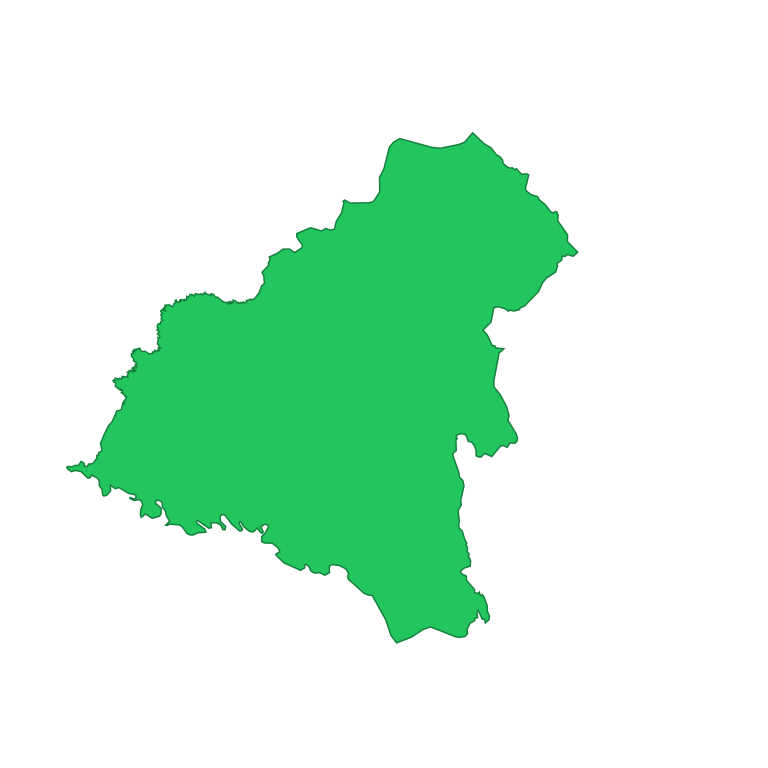 outline of Khian Sa, Surat Thani, Thailand, rotated 126°
{"feature_id": "78962969B19485368092411", "entity_name": "Khian Sa", "entity_type": "district", "adm_level": 2, "iso_a3": "THA", "parent_name": "Thailand", "parent_adm1": "Surat Thani", "projection": "equal_earth", "projection_center": [99.16, 8.76], "detail": "fine", "context": "isolated", "style": "filled", "palette": "green", "viewbox_px": 768, "rotation_deg": 126, "n_neighbors": 0, "source": "geoboundaries", "source_scale": "gbopen_adm2", "svg_char_len": 6159}
<svg xmlns="http://www.w3.org/2000/svg" viewBox="0 0 768 768"><g transform="rotate(126 384 384)"><path d="M517.8,161.6L513.3,160.5L510.0,162.1L506.9,167.0L502.5,170.4L497.0,178.8L496.7,180.7L498.1,180.5L498.3,182.0L496.4,184.6L498.7,185.2L499.4,188.5L497.2,189.8L494.3,201.9L491.0,204.5L491.9,209.6L490.7,212.1L486.1,211.1L480.7,207.2L476.5,209.8L474.7,211.9L474.3,214.2L471.5,215.1L470.7,218.3L467.5,220.0L465.6,223.4L463.9,223.5L463.0,226.3L457.0,234.3L456.5,238.2L454.9,240.4L450.9,242.3L442.9,249.6L436.3,250.5L433.3,253.4L419.4,259.4L415.7,263.6L415.1,268.0L411.1,272.1L401.6,286.0L399.5,287.4L395.4,286.4L387.1,292.9L385.1,292.7L384.8,294.7L381.4,294.6L378.3,291.8L377.2,288.9L377.8,286.3L380.9,282.1L379.5,279.1L380.5,275.3L383.2,270.8L387.9,267.3L387.4,264.4L385.6,262.4L381.0,262.0L379.4,254.2L365.5,253.2L363.7,251.3L362.8,247.1L357.7,247.5L354.9,243.3L352.0,242.9L349.5,244.1L346.8,247.5L340.4,262.5L336.3,264.1L330.3,271.4L324.3,283.8L321.7,293.4L316.9,297.0L291.3,309.1L285.2,307.8L289.1,314.8L288.0,316.8L289.3,319.1L283.7,329.2L282.3,335.6L271.0,333.8L257.9,339.9L254.4,337.2L251.9,330.0L252.0,326.1L250.3,325.7L248.5,321.7L244.3,318.2L242.7,318.6L238.0,316.1L218.7,313.3L209.2,315.2L202.7,314.8L192.7,311.0L186.4,313.0L185.3,315.0L179.4,313.1L175.7,315.0L174.2,312.4L171.5,311.7L169.5,306.1L163.6,304.7L160.9,319.4L155.4,323.2L149.8,339.6L145.4,342.0L143.4,344.9L143.5,346.5L146.3,347.7L146.7,350.3L144.2,358.7L143.8,366.2L142.1,369.9L144.4,376.2L144.1,382.6L142.7,384.5L129.8,389.8L130.0,392.0L133.5,395.9L132.0,403.4L133.7,404.0L133.6,407.4L135.4,408.9L136.0,412.6L135.5,417.4L133.1,419.7L132.0,423.8L132.5,427.4L130.0,436.5L130.8,444.1L128.7,459.9L141.1,460.9L146.6,464.5L160.3,477.1L164.4,484.2L176.2,515.5L182.7,518.4L189.0,518.9L209.9,510.6L219.6,509.0L231.0,500.4L240.4,499.8L243.1,500.1L246.3,502.7L257.5,517.7L258.4,524.1L260.3,524.5L260.5,523.1L270.7,518.9L280.2,518.3L287.9,515.1L291.1,517.9L292.4,522.5L296.9,524.5L300.8,535.3L313.5,543.0L315.9,541.3L317.4,538.6L319.4,531.8L321.9,530.4L330.1,533.5L330.4,539.8L334.1,544.9L341.3,547.3L348.7,551.5L350.2,549.3L354.4,548.5L356.0,547.0L365.3,548.4L367.1,544.9L373.0,539.8L376.5,540.6L383.7,538.7L391.0,538.8L393.4,540.2L394.0,542.1L394.6,541.6L397.3,544.4L398.1,543.4L399.8,544.0L400.3,546.1L401.8,545.9L402.2,547.9L403.7,548.0L403.4,549.7L404.8,550.4L404.1,553.0L404.9,555.4L406.7,554.0L407.2,556.0L408.0,554.5L409.1,555.1L408.4,557.1L409.1,558.1L409.7,556.5L410.8,556.8L410.5,558.4L412.0,562.2L411.7,570.1L413.0,571.2L411.7,574.8L413.0,577.1L414.2,575.9L415.7,581.2L415.1,582.4L416.3,581.8L416.7,583.2L418.7,583.3L418.8,585.4L419.9,585.7L422.0,589.8L424.6,589.0L424.3,591.9L425.7,593.5L429.0,593.0L429.1,595.0L432.0,593.3L432.8,595.0L433.9,594.3L434.0,596.4L435.3,597.8L436.2,596.9L437.1,597.0L436.7,598.3L438.3,597.6L439.0,599.0L438.3,601.7L439.6,601.9L440.8,600.4L442.6,601.2L445.7,600.2L446.3,604.5L449.0,607.4L449.7,606.2L451.3,606.9L452.1,605.5L452.7,606.6L453.5,604.1L454.6,607.4L456.3,607.5L457.4,604.6L459.1,605.5L459.7,603.9L462.6,602.2L462.7,600.5L464.7,601.3L466.7,600.1L467.8,602.0L470.6,601.5L472.5,598.8L473.8,599.4L473.9,596.0L476.7,596.8L477.0,593.5L477.9,592.9L478.9,593.1L479.2,595.1L479.8,593.3L484.7,590.8L485.9,587.0L486.9,587.6L486.5,586.2L487.6,587.2L489.2,585.3L489.8,586.8L489.0,587.2L491.3,587.0L491.6,589.4L492.8,588.5L494.1,590.0L495.1,589.2L497.7,591.6L498.0,596.6L500.3,599.3L498.6,602.7L501.7,604.9L502.2,603.6L502.4,605.6L504.1,604.7L503.6,606.4L505.5,606.5L506.7,604.6L507.8,606.2L509.9,604.7L510.5,602.0L512.5,600.0L512.4,596.9L513.6,595.9L514.5,596.6L515.1,594.5L516.4,593.9L515.8,595.5L518.1,596.7L519.6,592.6L520.9,594.0L519.5,594.6L519.7,596.7L521.8,594.4L522.2,597.5L525.1,598.5L524.4,597.0L526.9,597.1L529.2,595.3L528.9,596.5L531.4,598.1L530.8,598.6L531.8,600.3L534.1,599.2L535.0,601.4L536.5,601.5L536.1,602.4L537.4,604.9L539.0,603.6L539.4,604.9L540.6,605.2L541.3,603.9L540.9,601.4L543.7,600.1L543.9,594.8L542.9,593.8L543.9,593.5L543.0,591.7L545.3,591.4L544.4,590.1L545.4,589.9L545.4,586.8L546.4,586.2L545.8,585.2L546.8,584.3L551.0,584.2L551.2,583.1L552.4,584.2L553.0,582.7L553.6,583.8L558.9,581.4L562.4,583.5L562.5,584.4L573.9,581.8L580.0,582.3L588.8,580.8L598.6,578.5L603.8,572.8L607.4,574.6L608.8,573.2L610.6,574.4L612.6,572.7L617.9,572.7L619.9,573.1L622.5,575.9L625.0,575.4L626.7,578.3L624.4,580.0L624.7,583.6L629.3,583.3L631.4,586.1L634.3,587.5L636.5,591.3L638.0,591.6L638.8,589.6L638.6,585.3L635.3,582.8L633.0,577.7L634.2,568.3L632.4,566.6L629.5,567.1L628.6,560.5L629.7,557.4L633.5,554.6L635.1,550.1L639.0,546.4L639.3,544.9L636.9,542.8L631.0,542.4L626.7,546.0L626.6,539.9L623.6,537.5L622.5,526.2L619.7,519.7L621.2,518.0L623.1,518.0L624.2,519.1L625.0,522.6L625.9,522.4L625.1,517.5L621.3,514.2L621.6,511.1L623.3,508.3L629.1,506.8L633.4,503.9L634.6,501.9L629.3,500.6L628.9,492.6L622.9,487.9L620.1,488.0L616.1,490.7L615.2,492.8L614.9,498.2L613.7,499.8L611.4,499.5L610.0,496.3L610.2,494.0L614.2,490.4L615.0,486.5L618.7,482.3L621.1,476.7L626.5,477.7L626.1,476.5L623.3,475.0L618.4,466.8L618.1,463.5L620.7,455.6L620.4,452.9L618.7,450.0L613.5,446.8L608.6,441.0L606.8,443.5L606.6,453.5L605.6,454.9L603.9,454.6L603.6,440.8L601.6,439.2L598.2,442.5L594.7,437.9L594.1,433.2L596.5,428.7L595.5,427.0L592.3,428.3L591.4,435.3L588.0,438.4L584.8,438.7L583.6,435.5L586.9,424.7L587.7,414.5L586.4,412.8L584.5,413.2L582.2,419.0L580.3,419.7L579.8,418.4L581.8,413.8L582.3,406.4L580.6,402.9L575.2,401.7L576.7,396.4L576.3,394.6L574.6,394.8L571.7,399.9L567.6,398.0L566.4,395.8L567.7,393.3L574.9,392.5L579.2,393.3L583.4,390.3L583.0,387.4L578.5,380.9L578.8,373.5L581.0,369.6L585.0,371.5L585.9,370.9L587.5,359.9L583.8,342.0L579.5,340.1L576.8,341.7L575.6,341.1L575.8,337.5L578.1,333.7L578.3,331.4L577.4,328.5L574.3,324.9L573.5,319.5L568.6,317.2L563.9,321.0L560.9,320.3L557.0,313.4L556.0,306.0L557.9,301.4L561.7,300.0L562.9,297.8L565.0,277.3L564.1,273.1L562.0,269.2L573.7,244.0L583.2,230.7L586.1,221.7L573.0,213.2L559.7,208.1L553.2,203.7L546.4,177.5L544.5,173.8L540.6,170.1L536.8,169.7L534.0,172.5L527.1,173.8L522.0,171.5L520.5,172.8L518.0,171.0L514.5,174.4L511.6,175.0L516.5,166.2L515.2,164.2L517.8,161.6Z" fill="#22c55e" stroke="#15803d" stroke-width="1.5"/></g></svg>